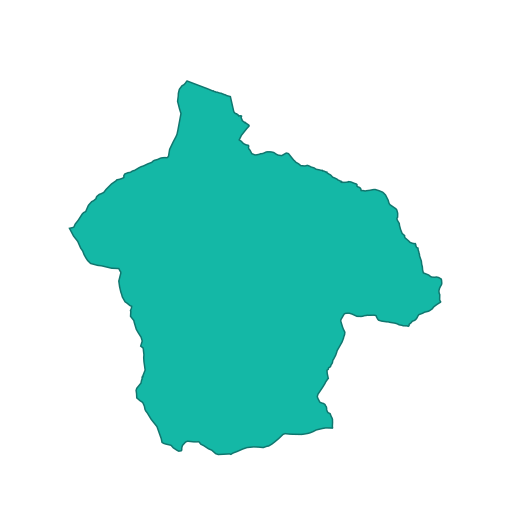 Cincu, Brasov, Romania (Natural Earth projection), rotated 165°
{"feature_id": "2599482B10737296571764", "entity_name": "Cincu", "entity_type": "district", "adm_level": 2, "iso_a3": "ROU", "parent_name": "Romania", "parent_adm1": "Brasov", "projection": "natural_earth1", "projection_center": [24.767, 45.905], "detail": "fine", "context": "isolated", "style": "filled", "palette": "teal", "viewbox_px": 512, "rotation_deg": 165, "n_neighbors": 0, "source": "geoboundaries", "source_scale": "gbopen_adm2", "svg_char_len": 6033}
<svg xmlns="http://www.w3.org/2000/svg" viewBox="0 0 512 512"><g transform="rotate(165 256 256)"><path d="M277.3,442.9L277.6,442.8L279.5,441.2L281.3,440.1L283.4,439.6L286.6,437.1L287.1,436.5L288.9,433.2L289.7,430.6L291.7,425.7L291.8,417.8L291.6,413.0L298.9,397.7L300.8,394.0L302.4,392.0L306.3,387.8L311.8,381.4L314.7,375.0L316.0,374.1L316.5,374.0L319.2,374.8L321.9,375.2L323.1,375.2L326.1,374.7L329.4,374.7L330.9,374.3L332.5,373.4L336.7,373.0L341.5,372.1L343.8,372.0L346.3,371.5L351.5,370.0L352.2,370.2L354.0,369.9L355.7,369.3L358.0,369.6L361.4,369.2L361.9,368.8L362.9,367.7L363.3,366.0L365.3,365.6L367.9,365.4L370.7,365.6L371.9,364.8L376.9,363.0L383.6,359.1L386.6,356.8L389.6,356.2L391.4,356.1L394.2,354.8L395.1,354.0L395.5,352.9L398.4,351.5L400.7,351.0L404.5,348.5L405.1,347.9L409.0,343.0L411.3,342.5L412.9,341.6L418.5,336.5L422.4,333.6L424.3,331.2L424.8,331.0L425.9,330.9L429.0,331.0L427.1,322.6L424.4,316.2L423.3,309.0L422.1,305.7L421.7,301.8L420.8,298.2L419.8,295.2L417.7,291.6L411.3,287.9L407.7,286.5L398.7,281.6L391.8,279.4L391.2,276.7L390.8,275.6L391.0,274.5L395.0,267.3L395.7,261.7L395.9,256.2L395.7,253.7L395.7,251.0L394.3,245.6L393.2,244.4L390.6,240.8L389.1,239.6L389.9,237.7L391.4,235.7L391.3,234.8L392.8,230.2L390.7,225.3L390.8,223.2L390.6,216.2L389.6,212.4L388.0,207.3L387.9,203.3L390.7,198.8L388.9,196.4L389.0,194.5L389.2,193.9L389.8,189.6L390.8,186.8L391.6,182.7L392.6,174.5L396.1,169.8L396.1,169.6L396.4,169.0L396.8,169.0L396.9,168.3L397.4,168.3L397.9,166.5L398.6,165.8L400.0,163.0L405.4,159.1L406.6,157.2L407.0,153.9L407.9,149.8L405.5,146.3L403.7,144.3L403.2,143.2L402.7,139.9L402.9,136.5L402.6,134.9L401.6,132.5L399.5,125.3L395.8,116.8L394.8,104.1L395.0,100.3L393.8,99.0L391.8,97.7L387.3,95.3L386.8,94.7L385.6,92.2L385.1,91.6L382.5,88.7L381.2,87.5L378.7,87.2L378.2,87.5L377.9,88.0L377.4,89.8L376.9,90.7L376.0,92.1L372.1,94.6L370.0,94.8L364.5,92.7L361.0,91.7L359.9,91.6L359.3,91.3L358.9,90.6L358.0,88.5L355.6,86.4L351.8,82.1L349.0,79.9L346.1,75.5L343.8,74.0L332.8,71.7L331.6,70.9L329.8,71.5L327.7,71.8L325.2,72.0L318.7,73.0L314.3,73.3L307.5,72.2L302.8,70.7L298.6,69.1L294.8,69.4L293.0,69.2L289.4,70.2L286.5,71.4L281.5,73.7L276.1,76.7L273.9,76.9L269.7,75.3L266.9,74.4L258.3,71.9L256.1,71.6L251.9,71.2L249.8,71.2L246.4,71.6L242.8,72.4L236.4,72.2L233.0,71.9L226.7,70.0L226.5,70.3L226.3,71.8L225.2,75.2L224.4,78.5L224.5,79.9L224.9,81.6L225.2,84.3L225.3,84.6L227.0,86.1L227.3,87.0L227.6,89.1L227.2,90.6L227.1,92.0L227.7,93.7L227.8,94.7L229.0,96.1L230.0,96.6L231.9,98.0L232.2,98.4L233.1,102.4L233.2,104.4L231.9,106.5L225.9,111.7L222.6,114.8L221.1,116.5L219.7,117.6L218.9,118.5L217.9,118.9L217.6,124.2L217.1,126.9L216.9,127.3L215.5,127.9L214.8,129.3L213.5,129.5L212.6,130.0L211.9,131.1L209.9,133.0L208.7,135.5L207.9,136.1L204.7,139.6L202.6,142.7L202.3,143.4L195.2,150.6L192.8,153.9L192.2,155.1L190.8,157.1L189.9,159.4L190.6,163.0L190.8,165.1L191.0,171.2L190.5,172.5L186.1,176.9L185.4,177.3L184.3,177.4L182.1,177.0L180.5,176.5L178.3,175.1L174.1,171.6L170.1,170.4L168.5,170.2L166.5,170.3L165.0,170.0L163.9,170.1L163.0,169.7L157.7,168.4L156.4,167.9L155.4,167.2L155.4,166.2L154.8,163.6L154.2,162.3L153.6,161.9L151.5,160.6L146.6,158.5L145.4,158.2L143.7,157.2L139.2,155.2L137.1,153.9L135.6,152.5L133.0,151.3L131.9,150.5L128.4,149.5L127.1,148.7L126.2,149.1L125.8,150.3L123.3,151.5L122.0,152.5L119.3,152.8L118.0,153.4L116.6,154.5L114.9,156.4L113.9,157.2L109.7,157.6L107.8,158.1L104.0,158.0L102.7,158.2L99.3,159.4L97.9,160.6L96.7,161.2L93.4,162.5L89.8,163.6L89.5,163.9L89.9,165.4L89.9,166.4L88.5,171.1L88.7,172.6L88.4,174.9L87.0,177.4L85.6,179.0L84.2,180.4L83.6,181.6L83.1,184.2L83.0,185.7L85.1,187.9L87.1,189.0L88.9,189.2L91.6,190.1L92.6,190.9L94.1,192.9L98.7,196.4L98.7,199.3L98.1,202.6L98.1,205.0L97.6,208.3L98.0,213.8L97.7,215.3L97.8,216.9L97.7,217.7L97.8,220.0L97.5,221.7L98.7,222.7L98.9,223.8L98.8,224.3L99.2,224.8L98.7,225.9L99.0,226.8L100.4,227.1L101.2,227.7L101.7,227.8L104.0,229.6L104.2,230.3L107.4,235.1L107.5,236.4L107.2,236.9L107.2,237.3L109.0,239.9L109.5,244.2L109.5,248.3L109.2,250.4L110.0,253.0L110.3,254.8L110.3,255.5L110.0,256.0L109.2,256.8L108.4,259.5L108.1,260.7L108.1,264.0L108.6,265.3L113.4,271.0L113.8,272.3L113.9,273.3L113.9,275.6L115.1,281.4L116.5,283.9L117.2,284.9L120.2,287.2L123.7,289.4L125.6,289.8L129.1,290.0L132.5,290.5L133.7,290.5L135.2,291.3L137.5,292.0L137.4,293.4L137.6,294.5L138.6,295.7L139.0,296.0L139.3,296.1L139.8,296.5L140.2,297.1L140.5,297.6L140.0,298.6L140.1,299.0L140.3,299.4L140.9,299.9L141.9,300.5L145.2,303.0L147.4,303.9L147.6,303.9L147.7,303.6L148.1,303.6L151.0,304.1L152.9,304.6L153.4,305.0L153.8,304.8L154.5,305.1L154.3,305.8L154.4,306.0L154.7,305.8L154.9,306.3L155.8,307.2L157.0,308.0L157.8,309.2L159.7,310.9L161.6,312.3L162.7,314.5L163.3,315.3L164.5,316.4L165.8,317.9L165.9,318.8L166.7,318.8L167.0,319.3L168.6,320.6L169.5,320.8L169.7,321.5L170.0,321.7L170.9,321.8L172.5,322.8L175.0,324.0L175.8,324.5L176.8,325.8L177.6,326.4L179.8,327.7L181.0,328.9L182.8,330.2L183.2,330.3L184.5,330.2L186.3,330.5L187.3,331.0L189.3,331.6L190.9,333.9L193.4,336.4L193.8,337.4L194.8,338.9L198.1,346.4L198.6,346.8L200.1,347.6L200.6,347.5L205.2,346.3L208.5,347.7L210.0,349.0L212.1,351.4L214.2,352.5L215.5,353.0L218.2,353.7L219.4,353.8L222.3,353.3L223.8,353.3L224.8,353.6L226.8,353.4L229.5,353.6L230.9,353.9L233.6,356.0L234.4,359.7L235.2,361.3L235.2,362.9L234.6,364.0L234.7,364.8L236.1,365.6L236.8,365.9L237.7,366.7L238.2,367.0L239.7,368.9L240.1,369.9L240.9,371.1L241.8,371.9L242.2,372.5L238.8,376.4L231.9,381.5L229.2,383.2L229.0,383.8L229.4,384.1L229.2,384.5L230.1,385.5L231.5,387.2L232.1,387.3L232.2,387.5L232.0,387.9L232.8,388.4L234.3,390.4L234.2,391.3L234.4,392.1L234.5,393.8L234.3,394.3L233.8,394.7L233.8,395.0L234.3,395.1L234.6,395.4L235.1,395.6L236.4,395.7L236.8,397.0L237.6,397.6L237.6,398.0L237.9,398.4L239.0,398.9L239.9,400.5L240.1,401.4L239.5,416.6L242.6,418.4L244.4,420.0L245.2,420.2L245.5,420.7L246.2,421.1L247.5,422.2L248.8,422.7L251.3,424.4L252.2,424.5L252.9,425.3L254.1,425.9L254.5,426.6L255.2,426.7L258.9,429.6L277.3,442.9Z" fill="#14b8a6" stroke="#0f766e" stroke-width="1.5"/></g></svg>